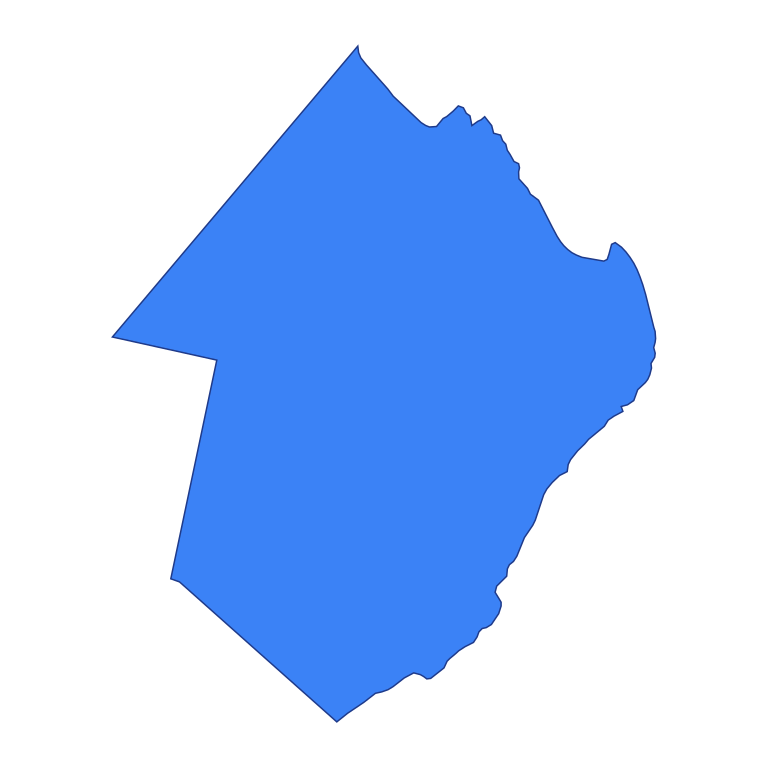 Ngerbelau, Angaur, Palau
{"feature_id": "81905179B91574201730062", "entity_name": "Ngerbelau", "entity_type": "district", "adm_level": 2, "iso_a3": "PLW", "parent_name": "Palau", "parent_adm1": "Angaur", "projection": "mercator", "projection_center": [134.149, 6.91], "detail": "fine", "context": "isolated", "style": "filled", "palette": "blue", "viewbox_px": 768, "rotation_deg": 0, "n_neighbors": 0, "source": "geoboundaries", "source_scale": "gbopen_adm2", "svg_char_len": 1698}
<svg xmlns="http://www.w3.org/2000/svg" viewBox="0 0 768 768"><path d="M170.8,578.8L179.5,581.9L336.8,721.9L347.4,713.4L364.0,702.2L375.4,693.3L381.7,691.9L388.0,689.7L393.1,686.6L404.3,677.9L413.7,672.9L420.3,674.6L423.6,676.5L426.8,678.9L430.7,678.4L444.0,667.9L447.1,661.2L449.8,658.5L455.8,653.5L458.7,650.8L465.0,646.7L473.5,642.4L477.1,636.9L478.9,631.9L482.2,628.5L486.3,627.6L491.4,624.5L498.7,613.6L501.1,606.0L501.1,602.2L498.9,598.5L495.1,592.3L496.7,586.1L506.7,576.2L507.4,568.8L509.4,564.7L513.5,561.4L516.9,556.1L524.4,537.6L532.8,525.2L535.3,520.1L543.7,494.7L546.9,488.9L552.2,482.5L559.5,475.5L567.2,471.6L568.2,464.5L570.6,459.6L577.6,450.8L584.7,443.9L588.6,439.3L604.3,426.3L608.2,420.1L613.9,416.2L622.9,411.4L621.2,406.5L627.5,404.8L633.8,400.5L637.7,389.7L645.4,382.5L647.8,379.3L649.8,374.8L651.5,368.1L651.0,363.5L654.7,357.3L655.2,353.2L653.7,347.6L655.1,342.4L655.6,338.6L655.1,331.4L653.9,327.7L645.7,294.7L642.8,284.8L639.9,276.6L637.0,269.5L633.8,263.2L630.0,257.3L625.9,251.9L621.5,247.2L615.2,242.6L611.6,244.3L608.9,254.4L607.2,259.4L603.8,261.1L582.0,257.3L576.5,255.1L571.9,252.7L567.7,249.5L563.8,245.7L560.5,241.6L557.1,236.3L552.3,227.3L538.5,200.2L530.4,194.2L527.5,188.4L518.9,178.8L518.6,171.9L519.5,167.8L518.6,163.7L514.0,161.5L510.1,154.5L507.3,150.3L505.8,144.2L502.6,140.7L500.5,135.1L493.6,133.2L491.7,125.6L484.7,116.7L481.1,119.8L477.7,121.4L471.9,125.6L470.0,115.9L466.3,113.3L463.4,107.8L458.3,105.9L453.2,111.1L446.7,116.6L443.1,118.5L436.5,126.5L429.5,127.0L425.7,125.5L421.1,122.6L393.2,96.2L387.7,88.9L366.4,64.9L360.8,57.9L358.6,52.6L357.8,46.1L112.4,337.0L216.8,360.1L170.8,578.8Z" fill="#3b82f6" stroke="#1e3a8a" stroke-width="1.5"/></svg>